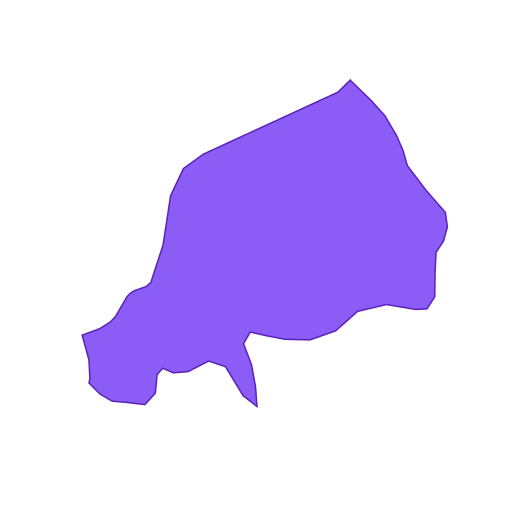 an SVG outline of Viqueque, rotated 165°
{"feature_id": "TLS-552", "entity_name": "Viqueque", "entity_type": "District", "adm_level": 1, "iso_a3": "TLS", "parent_name": "East Timor", "parent_adm1": "", "projection": "equal_earth", "projection_center": [126.408, -8.804], "detail": "fine", "context": "isolated", "style": "filled", "palette": "violet", "viewbox_px": 512, "rotation_deg": 165, "n_neighbors": 0, "source": "natural_earth", "source_scale": "10m", "svg_char_len": 856}
<svg xmlns="http://www.w3.org/2000/svg" viewBox="0 0 512 512"><g transform="rotate(165 256 256)"><path d="M444.4,224.5L425.5,226.3L413.5,230.1L407.1,234.2L390.9,250.3L386.9,252.6L382.2,254.0L370.1,254.9L364.4,257.7L342.9,290.7L322.9,336.3L303.4,359.3L280.1,368.1L134.6,393.0L119.3,401.6L119.1,400.7L104.6,376.5L95.2,358.1L89.1,336.0L86.7,320.1L86.4,304.1L74.8,275.6L61.8,249.0L63.6,234.6L70.9,222.0L81.1,212.9L87.3,193.8L93.9,170.3L104.6,160.7L115.5,163.0L120.3,165.2L142.8,175.4L172.3,176.2L198.4,163.1L225.6,161.0L249.4,168.0L267.0,176.5L281.3,184.0L290.7,174.5L288.5,152.1L290.3,129.9L294.0,110.4L304.7,124.5L314.1,157.0L329.0,166.8L351.4,161.9L366.0,164.5L375.1,171.7L382.2,167.1L388.7,149.6L401.8,141.2L419.7,148.4L432.5,153.0L442.5,163.1L450.2,176.6L448.3,180.1L444.3,198.7L444.4,224.5Z" fill="#8b5cf6" stroke="#5b21b6" stroke-width="1.5"/></g></svg>